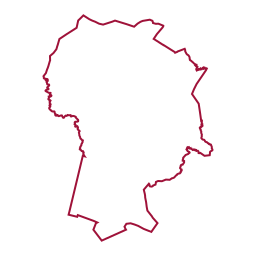 Veselavas pag., Priekulu, Latvia (orthographic projection)
{"feature_id": "27541924B69418536197528", "entity_name": "Veselavas pag.", "entity_type": "district", "adm_level": 2, "iso_a3": "LVA", "parent_name": "Latvia", "parent_adm1": "Priekulu", "projection": "orthographic", "projection_center": [25.543, 57.263], "detail": "fine", "context": "isolated", "style": "outline", "palette": "rose", "viewbox_px": 256, "rotation_deg": 0, "n_neighbors": 0, "source": "geoboundaries", "source_scale": "gbopen_adm2", "svg_char_len": 5668}
<svg xmlns="http://www.w3.org/2000/svg" viewBox="0 0 256 256"><path d="M43.5,76.2L43.8,76.9L43.8,78.1L44.0,78.4L45.0,78.5L45.3,78.8L45.4,79.7L45.6,79.9L45.8,79.8L46.0,79.2L46.5,78.9L47.4,79.1L47.7,79.5L47.8,80.6L47.7,81.0L46.5,81.6L46.5,82.0L47.0,82.8L47.1,83.9L47.3,84.3L49.0,84.6L49.2,85.1L49.1,85.5L48.9,85.8L47.5,87.0L47.2,87.6L47.3,87.9L48.3,88.5L48.5,88.9L48.4,89.3L46.4,89.8L45.6,90.5L45.5,90.8L45.7,91.1L49.0,92.9L50.1,92.8L50.5,92.9L50.5,93.2L49.8,94.9L49.8,95.3L50.2,95.5L50.8,95.2L51.2,95.2L51.4,95.5L51.4,95.8L51.2,96.1L50.3,96.7L48.7,96.7L48.7,96.8L49.0,97.6L49.0,98.0L48.5,98.6L48.4,98.9L48.4,99.3L49.0,99.8L50.3,100.3L50.5,100.6L49.7,101.3L50.0,101.9L49.8,102.1L49.6,102.9L49.8,103.4L50.5,104.0L50.6,104.3L50.6,104.6L49.7,104.9L49.5,105.3L49.5,105.6L50.2,106.2L50.3,106.5L50.1,106.9L49.3,107.7L49.2,108.4L49.4,108.8L50.8,110.4L51.3,110.5L51.7,111.1L52.2,111.4L52.7,111.5L54.2,111.4L54.5,111.6L54.8,113.2L55.0,113.6L55.5,113.9L55.5,114.1L55.2,114.6L55.2,114.9L55.6,115.5L56.1,115.7L56.4,115.7L57.2,115.0L57.6,115.0L58.2,116.0L58.5,116.1L59.1,116.1L60.8,115.5L61.8,115.4L62.0,115.6L62.1,116.1L63.1,117.7L63.5,117.8L64.0,117.6L64.7,116.4L65.2,116.0L65.8,115.6L66.5,115.9L67.0,115.7L67.6,115.0L69.0,115.3L70.4,115.1L70.8,115.3L70.9,115.7L70.9,116.3L71.1,116.5L72.9,115.9L74.1,116.1L75.7,116.8L75.7,117.4L76.1,117.9L78.1,119.9L78.2,120.7L78.1,121.3L77.4,121.6L75.2,121.8L74.8,122.2L74.7,122.6L74.9,123.0L75.0,123.4L74.7,123.8L74.6,124.3L75.6,124.9L75.7,125.3L75.3,125.9L75.2,126.5L75.5,126.7L77.3,126.2L77.6,126.6L77.7,126.8L77.6,127.3L78.0,127.7L78.0,128.0L77.6,128.6L77.7,129.2L78.2,129.9L79.4,130.7L79.6,131.1L79.6,131.4L78.9,132.2L78.9,132.6L79.3,134.2L79.3,135.2L79.6,136.0L80.0,136.7L80.4,138.4L80.6,138.7L81.3,139.1L81.8,139.9L82.2,140.2L82.8,140.3L82.9,140.6L82.5,141.5L82.6,142.0L82.5,142.3L82.1,142.9L82.0,143.4L81.4,144.1L81.3,145.4L80.3,146.8L80.2,148.3L79.1,148.5L79.6,148.6L79.9,148.9L79.8,149.4L80.9,150.0L81.6,151.0L82.9,151.2L82.9,151.7L83.4,151.9L83.7,152.5L83.7,152.8L83.3,153.3L83.4,154.1L84.2,155.7L84.6,156.3L82.8,155.8L69.4,211.6L68.6,214.7L77.2,216.8L77.8,215.1L93.7,220.9L97.3,222.5L95.9,223.3L93.4,229.7L101.7,240.6L126.0,229.7L125.4,228.7L124.5,226.7L126.4,223.8L130.6,223.3L134.5,224.5L138.2,225.9L143.7,228.9L151.3,231.9L157.5,223.1L152.7,217.7L151.9,216.3L147.4,210.6L146.7,206.9L146.1,202.1L145.2,197.6L145.1,195.7L144.8,193.9L143.8,189.7L148.9,183.7L149.4,184.3L149.6,186.0L150.0,186.4L151.7,186.6L152.7,186.2L153.1,185.5L155.5,184.6L156.0,181.9L158.1,181.0L161.9,181.2L165.9,179.6L169.7,179.8L171.9,178.3L172.6,178.2L174.2,177.5L175.8,175.7L176.8,174.8L177.0,174.8L177.1,174.6L177.1,174.4L177.3,174.2L178.5,173.6L179.8,173.4L180.3,172.9L180.7,172.4L180.5,172.0L180.9,171.6L181.0,171.1L181.4,170.8L181.3,170.7L181.5,170.3L181.2,170.0L181.3,169.8L181.2,169.8L181.2,169.7L180.9,169.1L180.1,168.2L180.2,167.3L180.7,166.5L180.7,165.6L181.2,164.9L181.9,164.6L182.6,164.7L184.1,162.5L184.1,161.0L182.7,160.7L182.8,159.5L183.2,158.9L183.1,158.0L183.7,157.1L184.6,156.2L185.6,155.0L188.1,154.0L189.6,152.7L189.3,152.0L187.7,151.2L187.1,150.3L187.3,150.1L187.2,149.5L186.9,149.7L186.6,149.5L186.8,149.2L186.7,149.0L187.1,147.9L187.3,147.8L187.4,147.3L187.6,147.2L187.8,147.6L188.8,147.2L188.9,147.7L188.9,147.9L189.0,147.9L189.0,148.1L189.7,148.2L189.9,148.5L190.3,148.3L190.3,148.5L191.3,148.6L191.3,149.0L192.2,149.5L192.5,149.5L192.7,149.9L193.0,149.8L193.2,149.6L193.4,149.8L193.8,149.6L194.3,149.8L194.5,150.1L194.8,150.0L194.9,149.7L195.1,149.8L195.3,149.7L196.0,149.9L196.0,150.2L196.2,150.3L196.0,150.6L196.3,151.0L197.1,150.8L197.9,150.8L198.5,151.5L198.5,152.7L198.7,152.9L198.7,153.1L199.4,153.2L200.3,152.9L204.5,155.8L209.7,155.2L209.9,153.7L210.0,152.0L210.5,151.4L212.3,150.4L212.5,149.9L212.2,149.0L211.8,148.5L211.8,146.9L210.9,144.6L210.7,144.5L210.4,144.7L209.2,144.2L209.3,143.9L208.3,143.2L207.8,143.2L206.8,142.1L206.0,142.0L205.1,141.4L204.8,140.6L204.1,139.8L202.6,139.5L201.8,138.7L201.3,138.0L201.4,137.6L201.8,136.6L201.7,135.7L201.9,134.8L201.4,133.3L201.2,132.9L201.2,132.4L201.3,132.0L201.2,131.2L200.7,130.6L200.7,129.5L200.1,128.9L199.9,128.4L199.8,127.7L200.7,126.7L201.1,127.0L201.3,126.8L201.5,126.3L201.7,126.6L202.5,125.9L202.5,125.5L202.3,125.1L202.3,124.6L202.3,124.4L201.5,124.5L201.4,124.3L201.8,123.8L201.9,123.6L201.8,122.9L201.9,120.8L201.2,121.0L200.0,112.4L198.7,103.7L192.0,94.0L194.0,89.2L196.6,84.0L206.0,70.2L206.8,68.5L206.6,68.4L206.4,68.7L206.3,69.2L206.2,69.3L205.9,69.1L205.9,68.9L205.0,68.6L204.8,68.2L204.8,67.7L204.5,67.6L204.5,67.8L204.6,68.0L203.8,68.8L203.5,68.9L203.0,68.5L203.0,68.0L203.3,68.0L203.1,67.7L202.5,68.2L202.1,68.9L201.7,69.3L201.3,69.2L200.7,68.5L199.9,69.6L199.1,68.9L198.8,68.9L198.1,70.0L197.8,70.0L197.6,69.8L197.7,69.6L197.2,69.8L197.1,70.3L196.8,70.5L196.3,69.6L196.3,68.9L197.4,66.9L196.2,66.3L196.2,66.1L196.7,65.1L196.6,64.9L196.2,64.9L195.4,65.5L195.2,65.3L195.3,65.2L195.7,64.6L195.1,64.5L194.9,64.0L194.1,63.6L192.9,62.3L192.3,61.9L191.3,60.9L190.0,60.1L189.8,59.7L189.9,59.4L189.6,58.3L189.6,57.7L189.5,57.1L189.1,56.3L188.4,55.3L187.0,54.4L186.4,53.6L185.2,51.3L185.2,50.5L185.1,49.7L184.7,48.8L177.6,51.5L177.4,51.8L175.2,52.7L175.1,52.3L163.5,45.0L163.4,45.1L153.7,38.9L156.9,34.1L162.7,27.3L163.4,25.9L163.3,25.7L158.4,23.7L155.8,23.8L153.0,23.0L152.9,22.2L152.4,20.8L149.8,19.7L142.7,20.9L140.5,21.8L137.6,23.6L134.1,26.7L126.7,24.2L115.0,20.6L112.2,21.7L103.1,24.6L99.1,23.7L95.1,21.7L92.2,20.6L89.3,19.2L83.4,15.4L80.6,18.2L78.2,20.5L76.6,27.8L66.9,34.0L59.4,39.0L57.8,44.6L57.2,46.4L56.4,49.2L53.5,53.0L50.0,56.0L50.1,60.5L49.8,61.1L48.4,66.0L47.6,68.3L47.1,69.4L45.9,73.1L43.5,76.2Z" fill="none" stroke="#9f1239" stroke-width="2"/></svg>